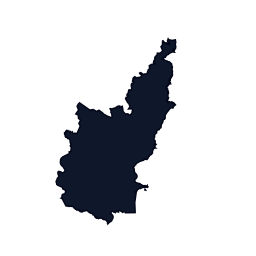 Jipijapa, Manabi, Ecuador (Mercator projection), rotated 215°
{"feature_id": "8360857B19905531919728", "entity_name": "Jipijapa", "entity_type": "district", "adm_level": 2, "iso_a3": "ECU", "parent_name": "Ecuador", "parent_adm1": "Manabi", "projection": "mercator", "projection_center": [-80.604, -1.518], "detail": "fine", "context": "isolated", "style": "filled", "palette": "ink", "viewbox_px": 256, "rotation_deg": 215, "n_neighbors": 0, "source": "geoboundaries", "source_scale": "gbopen_adm2", "svg_char_len": 5861}
<svg xmlns="http://www.w3.org/2000/svg" viewBox="0 0 256 256"><g transform="rotate(215 128 128)"><path d="M153.9,40.9L152.4,40.9L147.7,41.8L146.4,40.7L143.1,41.1L141.9,38.1L143.6,35.9L143.0,34.2L142.1,33.4L142.6,32.2L141.4,32.4L134.1,28.6L133.2,29.1L132.9,29.7L132.0,29.5L131.3,30.4L130.9,30.3L130.2,31.1L129.3,31.4L129.5,31.8L129.0,32.2L128.6,31.9L127.7,32.3L127.4,31.9L126.2,31.9L126.1,31.6L125.7,31.8L124.5,31.3L123.6,31.7L122.9,31.4L122.4,32.0L121.0,32.2L120.6,32.8L120.5,32.4L119.6,32.1L119.1,32.7L118.3,32.3L117.2,33.3L117.4,33.9L117.0,33.7L116.8,34.5L115.6,35.4L115.6,36.2L115.1,36.2L115.1,36.8L114.3,37.0L112.1,36.6L111.4,37.1L111.3,36.7L110.0,36.7L109.1,37.1L108.5,38.0L108.6,37.2L107.8,37.4L106.9,36.8L106.1,37.2L104.2,36.5L103.5,36.8L103.7,36.2L102.1,36.0L101.6,36.6L100.1,36.9L99.7,37.9L97.7,39.1L96.0,38.9L95.4,39.0L94.9,39.9L94.0,39.6L93.2,40.0L91.7,39.5L91.1,39.9L90.2,38.3L89.8,38.5L89.5,38.1L89.2,40.0L88.2,42.3L88.7,45.5L89.1,46.5L90.0,47.4L92.1,48.1L93.6,48.1L93.3,50.8L92.9,51.2L91.9,50.9L89.7,51.5L89.9,53.6L88.8,53.4L87.5,53.7L88.1,54.8L87.9,55.8L83.9,55.9L84.0,56.7L83.1,57.2L82.4,57.5L81.5,57.1L73.6,62.8L79.7,70.8L84.4,80.0L85.8,79.6L86.2,80.0L85.7,79.7L84.5,80.2L84.9,83.0L83.8,85.3L83.2,85.5L81.9,87.7L80.7,88.8L80.2,88.8L80.1,89.7L79.4,89.7L78.8,90.3L77.9,90.6L78.0,91.3L78.8,91.3L79.2,91.8L79.3,91.0L80.5,90.9L80.7,90.3L81.8,90.1L82.2,89.3L83.8,89.3L84.1,88.8L84.6,89.2L86.0,89.0L86.3,89.3L88.5,88.3L90.8,87.8L92.8,89.2L93.1,90.2L92.5,90.5L92.4,92.6L93.1,93.9L94.5,94.8L97.2,95.4L100.0,98.5L101.5,98.8L100.9,100.4L101.0,101.9L100.6,102.3L101.0,103.4L99.2,107.4L96.8,110.5L96.6,111.2L96.9,112.5L96.0,112.3L94.4,113.1L94.3,114.6L94.9,116.6L94.7,117.3L94.4,117.2L94.5,118.1L93.7,119.8L93.6,121.5L94.6,122.9L95.2,125.2L94.9,126.6L94.0,127.4L95.4,127.3L95.0,127.9L95.6,128.7L96.9,129.3L96.7,129.6L96.1,129.5L96.6,129.7L96.5,130.2L95.7,129.9L95.6,130.7L96.1,130.5L96.8,130.8L98.5,133.1L100.6,133.5L100.9,135.5L102.4,138.0L101.8,140.5L102.4,141.1L102.8,142.7L102.6,143.6L101.6,144.3L101.8,145.9L101.2,147.2L102.7,149.8L102.8,152.4L103.9,155.0L103.1,156.2L103.2,157.2L104.9,159.9L105.1,162.1L104.8,168.2L104.3,169.3L102.7,170.1L103.1,171.9L102.4,174.2L102.9,174.4L103.3,173.9L104.2,174.7L105.0,174.8L105.4,174.2L106.3,174.7L106.7,174.5L106.7,173.8L107.5,174.1L107.7,173.5L109.5,173.2L109.7,171.9L110.5,171.8L111.0,172.5L111.7,172.6L111.3,173.0L112.2,173.9L111.9,174.0L112.2,174.4L111.8,174.7L112.0,175.5L112.5,175.3L112.4,176.1L113.0,176.1L114.1,177.8L114.6,178.0L114.7,178.8L115.2,179.1L114.7,179.5L114.9,179.9L115.5,180.4L115.8,180.2L116.1,181.3L117.0,181.4L117.9,182.6L118.3,182.3L118.7,182.8L119.5,182.5L119.4,183.2L120.3,183.9L120.4,184.5L119.6,184.3L119.6,185.5L120.0,186.1L119.6,186.4L119.9,186.8L119.5,187.4L119.6,187.7L119.1,188.1L119.5,188.3L119.0,188.6L119.5,188.7L119.1,189.2L119.4,189.5L120.3,189.7L120.5,190.2L121.2,190.2L120.9,190.8L121.9,190.9L122.0,191.7L121.2,192.0L122.0,193.3L121.4,193.8L121.8,194.8L121.7,195.4L122.1,195.6L122.1,196.1L121.7,196.1L122.1,197.2L123.2,198.1L123.8,199.6L125.5,201.1L126.8,203.7L128.3,204.3L128.8,205.4L131.9,205.9L132.9,205.3L134.4,205.3L135.3,204.8L139.8,204.4L139.7,204.8L139.0,205.0L138.9,206.7L138.5,206.7L138.0,207.3L138.2,209.8L137.1,211.6L137.3,212.9L136.9,212.9L135.4,215.7L133.6,216.7L136.3,217.6L136.4,218.8L134.6,218.4L134.9,219.3L134.6,220.1L135.5,222.0L137.6,224.0L137.9,225.4L139.8,227.4L141.8,225.3L143.2,224.5L145.5,223.7L146.2,224.0L145.6,222.0L144.2,221.1L142.7,221.3L141.8,220.1L142.8,220.1L143.9,219.5L144.2,219.8L144.4,219.4L145.0,219.7L145.0,219.2L146.0,219.3L146.5,218.8L149.3,219.5L149.6,219.2L147.4,215.7L147.6,213.5L144.0,211.3L144.2,208.9L144.9,207.4L146.9,206.1L146.2,205.1L146.2,203.2L146.6,202.5L146.3,200.7L145.2,199.8L145.4,198.3L144.9,196.6L144.5,196.2L142.8,196.1L145.1,193.7L146.3,191.3L144.2,188.8L144.8,187.5L144.2,185.3L143.6,184.8L143.9,183.4L144.4,182.4L145.5,181.7L146.1,180.7L149.4,180.7L150.0,179.6L149.5,179.2L146.8,179.4L147.0,178.2L146.7,176.5L147.6,176.2L149.8,174.0L151.9,173.9L152.1,173.1L151.7,172.9L152.3,172.4L152.3,171.9L151.6,171.9L151.3,171.4L151.9,171.3L152.0,170.8L151.4,170.1L151.3,169.3L150.9,169.4L150.9,169.0L150.0,169.1L150.1,168.7L149.5,168.4L149.8,168.0L149.6,167.4L150.4,166.7L150.1,165.3L149.6,165.3L149.4,164.3L147.7,162.7L147.2,160.9L147.3,160.1L148.5,160.3L149.1,159.6L148.5,158.0L148.0,157.4L148.0,154.6L147.8,154.3L145.9,154.6L146.3,153.1L147.1,152.2L146.8,150.6L142.7,148.6L141.4,148.8L140.1,147.5L139.0,147.3L138.6,146.7L138.5,143.9L136.2,145.8L134.6,145.7L134.0,143.8L133.4,143.4L133.5,139.5L136.2,139.5L138.2,138.0L141.4,138.6L145.1,142.5L146.7,140.1L147.4,141.2L148.7,140.2L150.3,136.6L151.3,135.7L151.9,134.2L153.3,134.0L153.7,133.5L151.7,132.4L151.0,131.0L150.0,130.7L147.8,128.6L147.4,127.8L148.0,126.8L151.5,125.9L155.8,125.4L157.7,125.8L161.9,125.9L163.7,123.0L164.6,123.4L167.0,123.2L168.0,122.3L168.0,121.4L168.7,121.6L168.8,120.8L182.1,120.8L182.4,119.1L182.2,116.7L179.8,115.0L178.8,114.8L178.8,109.6L176.3,110.1L173.9,107.4L172.2,107.5L171.0,106.5L171.2,105.4L170.6,104.4L171.0,103.7L168.2,102.2L166.6,94.2L168.6,93.2L169.6,92.1L170.2,92.0L171.5,92.9L172.1,91.7L172.6,91.6L173.1,91.9L173.2,91.5L173.9,91.8L174.1,91.3L175.1,91.4L175.8,90.7L176.0,91.0L176.2,90.5L177.0,90.6L177.0,88.9L176.8,88.6L176.5,88.8L176.3,88.3L177.2,87.7L176.4,86.7L175.9,86.8L176.0,86.3L175.2,86.1L174.6,85.2L173.6,84.7L172.0,85.4L171.2,84.8L170.0,85.4L168.8,85.1L167.1,83.1L165.2,81.7L165.1,80.9L164.5,80.6L164.8,80.2L163.3,79.6L161.4,75.9L162.5,74.6L161.6,73.8L161.5,73.1L164.8,67.0L165.3,64.9L165.1,63.6L163.7,61.0L162.3,59.8L160.9,59.2L159.1,59.1L155.1,57.3L155.1,55.0L155.5,54.1L156.1,53.6L157.9,53.5L159.1,52.8L159.7,52.9L160.1,51.7L159.3,50.5L157.6,49.3L156.8,49.2L157.0,45.9L156.5,45.1L156.3,43.1L153.9,40.9ZM78.9,87.4L78.6,86.9L77.9,87.2L78.6,87.6L78.9,87.4Z" fill="#0f172a" stroke="#020617" stroke-width="1.5"/></g></svg>